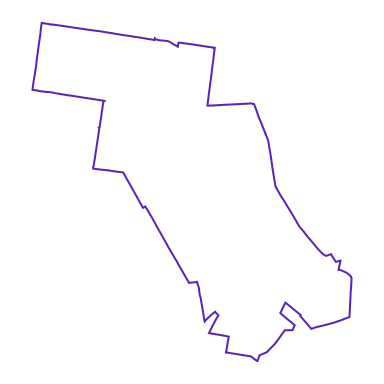 Daia, Giurgiu, Romania
{"feature_id": "2599482B46391816231209", "entity_name": "Daia", "entity_type": "district", "adm_level": 2, "iso_a3": "ROU", "parent_name": "Romania", "parent_adm1": "Giurgiu", "projection": "albers", "projection_center": [25.985, 44.024], "detail": "fine", "context": "isolated", "style": "outline", "palette": "violet", "viewbox_px": 384, "rotation_deg": 0, "n_neighbors": 0, "source": "geoboundaries", "source_scale": "gbopen_adm2", "svg_char_len": 5759}
<svg xmlns="http://www.w3.org/2000/svg" viewBox="0 0 384 384"><path d="M351.0,289.1L351.5,279.6L351.5,277.7L351.0,277.2L351.0,276.9L351.0,276.7L350.8,276.4L350.7,276.2L350.2,275.8L349.8,275.4L348.3,274.1L347.4,273.4L346.4,272.7L346.0,272.4L345.2,272.1L341.5,270.5L340.5,270.1L339.9,269.8L339.6,269.7L339.4,269.7L339.1,269.7L338.6,269.9L338.6,269.7L338.9,268.7L339.0,267.8L339.1,267.0L339.6,265.1L339.7,264.8L339.9,263.4L340.0,263.1L340.1,262.3L340.3,261.5L340.5,261.0L340.6,260.8L340.6,260.7L340.4,260.5L340.1,260.6L339.9,260.7L339.4,260.9L337.3,261.5L336.4,261.8L336.0,261.8L335.8,261.8L335.5,261.4L335.3,261.0L334.6,259.9L332.5,256.7L331.6,255.2L331.3,254.7L331.2,254.2L330.0,254.5L328.8,254.9L327.9,255.3L326.3,255.7L326.1,255.8L325.9,255.7L325.7,255.7L325.4,255.6L324.9,255.3L324.0,254.8L323.3,254.4L322.8,254.0L320.4,251.5L319.0,250.1L318.3,249.3L317.7,248.7L317.4,248.3L317.1,248.0L316.5,247.4L315.8,246.4L315.1,245.6L314.7,245.1L314.3,244.6L313.6,243.8L312.7,242.8L312.4,242.3L312.1,242.0L310.6,240.2L310.4,239.9L309.9,239.3L308.4,237.7L308.1,237.3L307.9,237.1L306.4,235.2L305.4,233.9L304.2,232.3L303.8,231.8L303.4,231.3L303.2,231.1L303.0,230.9L302.2,229.7L301.8,229.3L301.0,228.6L300.8,228.3L300.4,227.9L300.3,227.7L299.6,226.8L299.3,226.5L298.9,225.7L298.0,224.3L297.6,223.7L297.0,222.5L296.8,222.1L295.6,220.0L295.4,219.7L294.4,217.9L293.3,216.0L292.5,214.7L292.0,213.9L291.6,213.3L290.6,211.6L290.3,211.0L290.0,210.5L289.4,209.5L289.2,209.2L288.3,207.7L288.0,207.3L287.1,205.9L286.8,205.3L286.3,204.5L285.4,203.0L283.9,200.5L282.1,197.9L281.6,197.1L280.9,195.9L280.5,195.3L278.5,191.7L277.6,190.2L276.8,188.8L276.5,188.0L276.3,187.7L276.2,187.3L275.7,187.0L275.4,185.7L274.9,183.3L273.7,175.6L273.3,173.3L272.2,166.4L271.4,160.0L270.5,154.6L270.3,153.0L269.8,150.4L269.4,148.0L268.9,145.4L268.6,142.7L268.4,141.5L268.3,141.2L267.9,139.9L266.9,137.2L266.7,136.7L266.5,136.2L266.1,135.4L265.4,133.4L265.3,133.5L264.1,130.3L262.8,127.1L261.9,124.6L260.8,121.9L260.2,120.5L259.5,119.1L259.1,118.0L258.8,117.4L257.1,112.3L255.5,107.9L254.5,105.2L254.2,104.3L254.1,104.1L253.8,104.0L253.5,104.0L253.0,104.1L252.8,104.0L252.5,103.8L251.9,103.6L251.6,103.5L251.3,103.4L250.9,103.4L250.5,103.5L250.0,103.5L245.1,103.8L240.6,104.0L235.3,104.3L230.5,104.5L227.9,104.7L226.1,104.7L219.5,105.1L212.1,105.5L208.5,105.6L207.4,105.6L207.7,103.3L208.7,95.1L209.5,89.3L209.9,86.1L210.2,83.7L211.3,75.6L211.7,72.4L211.8,71.1L212.6,65.0L213.2,60.6L213.4,58.8L214.0,54.0L214.8,47.8L213.7,47.6L213.6,48.1L213.3,47.8L213.1,47.7L212.8,47.5L212.5,47.4L212.0,47.4L209.2,47.0L207.9,46.8L193.8,44.6L188.6,43.9L185.1,43.4L182.8,43.1L182.1,43.0L181.0,42.8L179.9,42.7L178.4,42.7L178.3,42.8L178.3,43.2L178.2,44.3L178.0,45.4L177.9,46.8L177.7,46.8L177.6,46.6L177.0,46.1L173.7,44.4L170.2,42.2L169.7,41.8L168.8,41.4L168.5,41.3L167.5,41.1L167.0,41.0L165.8,40.8L160.6,40.4L159.1,40.2L158.8,40.2L157.5,39.8L156.3,39.4L155.9,39.2L155.7,39.1L155.2,38.8L154.8,38.4L154.6,40.0L148.3,39.0L141.9,37.9L132.6,36.5L129.0,35.9L122.6,35.0L112.6,33.3L104.4,32.0L99.1,31.1L97.4,30.9L93.9,30.5L85.9,29.4L60.4,25.6L52.6,24.5L52.2,24.5L51.9,24.7L51.1,24.6L51.1,24.4L41.7,23.0L41.2,26.3L40.8,29.2L40.4,33.5L40.0,36.3L39.7,38.9L39.6,39.2L39.6,39.4L39.5,40.1L38.8,44.5L38.4,47.5L37.7,52.8L37.2,56.3L36.6,61.0L36.0,66.6L35.4,70.3L35.1,72.2L33.5,82.2L33.3,83.6L32.5,89.8L34.3,90.1L37.3,90.4L37.5,90.5L37.7,90.8L42.3,91.4L47.3,92.1L47.5,91.9L47.8,91.8L48.1,91.9L48.5,92.0L49.1,92.1L49.8,92.2L54.5,92.9L55.9,93.3L58.0,93.6L61.5,94.2L63.3,94.5L64.6,94.7L67.3,95.2L73.5,96.0L76.3,96.5L77.3,96.6L80.3,97.1L83.6,97.6L91.5,98.8L103.3,100.7L103.7,100.8L104.3,101.0L103.4,101.4L103.1,103.4L102.5,107.4L102.3,109.2L102.0,110.8L101.8,112.3L101.2,116.8L101.0,117.9L99.9,125.0L99.7,126.5L99.6,127.2L98.8,127.6L99.0,127.9L99.3,128.3L99.3,129.0L99.1,129.7L98.2,136.2L97.9,137.9L96.2,149.1L94.7,159.3L93.7,165.1L93.2,167.7L93.1,168.6L99.8,169.5L109.7,170.5L109.8,170.6L110.0,170.7L112.5,171.1L121.8,172.3L123.3,172.5L124.6,175.0L126.6,178.6L128.7,182.3L130.6,185.6L133.0,190.0L135.1,193.7L137.0,197.2L139.3,201.3L141.1,204.5L143.0,207.8L145.2,206.5L145.5,207.1L145.9,207.7L146.3,208.2L147.1,209.2L147.9,210.8L149.5,213.5L152.0,217.7L153.0,219.6L154.6,222.4L156.3,225.6L160.0,232.1L162.5,236.5L167.1,244.8L168.8,247.9L170.3,250.5L173.8,256.4L175.4,259.1L176.1,260.2L178.4,264.2L179.6,266.5L181.2,269.3L182.1,270.9L182.7,271.8L185.7,277.2L187.1,279.5L188.7,282.1L188.7,282.6L188.8,282.8L189.0,282.8L190.3,282.8L193.6,282.4L195.5,282.1L197.0,281.9L199.1,288.6L199.2,289.0L199.0,289.5L199.0,290.1L199.4,292.0L199.6,293.3L199.7,294.4L199.8,295.1L199.9,295.5L200.3,296.6L200.6,297.4L200.7,298.1L201.8,304.8L203.4,314.3L204.4,320.2L204.7,321.5L206.8,319.1L208.7,317.3L212.0,314.3L215.1,311.8L215.2,312.0L218.4,315.4L216.8,318.0L216.0,319.3L214.7,321.7L211.0,329.0L209.0,333.1L219.8,334.9L228.8,336.6L228.6,337.7L227.5,343.6L226.3,350.9L225.9,352.5L227.0,352.5L229.2,352.9L230.5,353.2L231.6,353.3L234.0,353.7L235.4,353.9L237.5,354.2L238.4,354.4L239.3,354.5L241.2,354.9L244.2,355.3L245.4,355.5L246.1,355.6L249.2,356.1L250.6,356.3L250.9,356.3L251.0,356.6L251.6,356.9L252.1,357.3L253.1,358.0L254.4,359.2L255.2,359.7L256.3,360.4L257.3,360.9L257.4,361.0L257.5,361.0L257.6,360.7L257.8,360.2L258.4,358.5L259.3,356.1L259.4,355.7L259.6,355.4L259.9,355.1L260.2,354.9L262.8,353.9L266.0,352.6L266.6,352.3L266.9,352.1L269.2,349.7L269.3,349.5L273.7,345.1L274.8,344.0L275.2,343.6L275.4,343.2L279.7,337.4L281.7,334.5L282.8,333.0L283.4,332.2L284.8,330.3L290.4,330.2L292.4,330.2L292.5,330.2L292.7,329.7L294.7,325.2L283.8,316.1L280.3,313.1L285.4,302.6L300.7,315.0L300.2,315.9L311.4,328.9L314.3,327.8L317.3,326.9L322.7,325.6L328.3,324.2L334.1,322.6L340.9,320.3L349.5,316.9L350.8,289.6L351.0,289.1Z" fill="none" stroke="#5b21b6" stroke-width="2"/></svg>